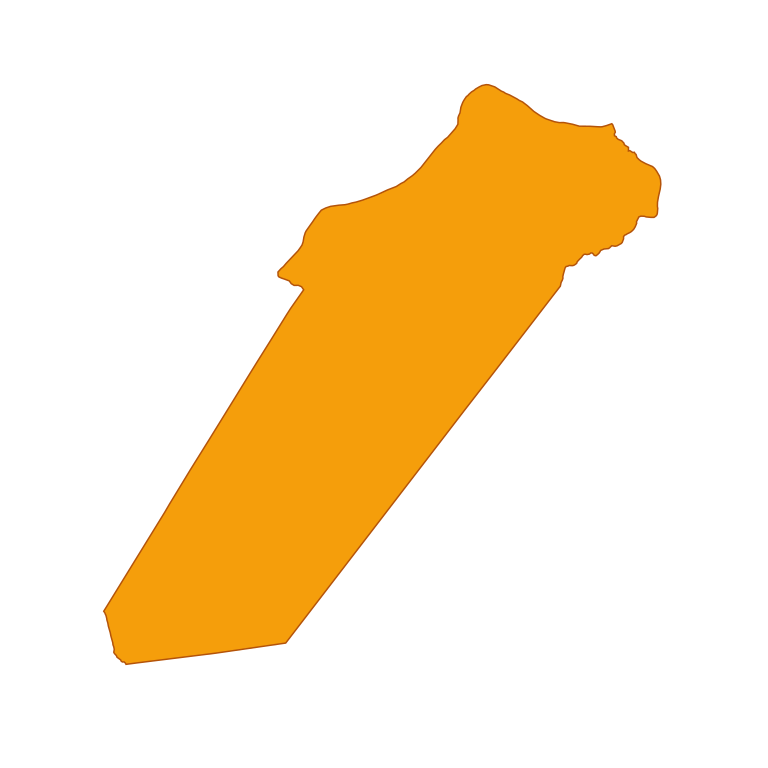 Juruti, Pará, Brazil (Albers equal-area conic projection), rotated 7°
{"feature_id": "56859067B6848818390929", "entity_name": "Juruti", "entity_type": "district", "adm_level": 2, "iso_a3": "BRA", "parent_name": "Brazil", "parent_adm1": "Pará", "projection": "albers", "projection_center": [-56.071, -2.648], "detail": "fine", "context": "isolated", "style": "filled", "palette": "amber", "viewbox_px": 768, "rotation_deg": 7, "n_neighbors": 0, "source": "geoboundaries", "source_scale": "gbopen_adm2", "svg_char_len": 3009}
<svg xmlns="http://www.w3.org/2000/svg" viewBox="0 0 768 768"><g transform="rotate(7 384 384)"><path d="M298.4,222.6L296.1,226.5L294.9,228.7L293.3,231.9L291.9,234.4L288.1,241.5L287.4,243.4L286.6,247.9L286.4,252.8L285.7,256.1L284.6,258.3L282.5,262.2L272.1,276.3L269.9,279.7L267.6,282.2L265.1,285.8L265.7,289.5L266.6,290.5L269.4,291.4L272.4,292.0L277.4,293.2L279.7,295.7L282.8,297.1L286.9,296.5L290.3,297.5L292.8,300.3L282.3,320.0L279.2,326.4L266.6,353.6L255.5,377.3L249.9,389.4L234.3,423.4L224.6,444.5L217.1,460.8L202.4,492.4L185.7,529.4L182.1,537.8L152.8,601.7L135.7,639.0L133.5,643.7L134.9,645.3L135.5,646.5L136.2,647.5L137.4,650.6L137.7,651.9L139.0,654.9L139.9,657.9L142.6,664.2L143.6,667.3L146.3,673.8L146.8,675.9L147.8,677.8L148.6,680.2L148.5,683.2L149.3,684.4L151.5,686.2L152.2,687.6L153.5,688.4L156.2,689.9L157.0,691.2L158.3,691.8L159.9,691.5L161.4,692.6L162.1,693.7L164.0,693.2L173.7,690.7L250.0,671.6L253.3,670.7L318.0,653.1L467.6,399.4L491.4,359.5L526.8,299.7L529.5,295.1L541.8,274.3L547.1,265.4L547.4,261.7L548.4,258.9L548.7,257.3L548.4,255.5L548.7,252.7L549.6,246.7L550.4,245.2L552.2,244.6L553.3,243.8L556.5,243.6L557.9,243.1L559.3,242.0L560.5,240.8L560.8,239.3L561.5,238.2L562.9,236.3L564.7,234.1L565.5,232.4L566.8,230.9L568.2,230.6L569.7,230.8L572.1,230.0L573.2,228.8L574.6,228.6L575.7,229.3L577.0,230.7L578.7,230.9L580.2,229.5L581.7,227.6L582.8,225.0L585.9,223.2L590.4,222.2L591.5,221.1L593.2,219.0L596.6,219.1L598.4,218.5L602.4,215.6L603.2,214.4L604.1,210.7L603.8,208.5L604.8,206.9L606.1,206.2L607.1,205.3L609.3,203.9L610.9,202.6L612.0,201.3L613.0,200.0L614.2,197.3L615.2,193.7L614.8,192.2L616.6,187.1L618.5,186.1L621.9,185.8L623.9,186.2L628.6,186.1L631.7,185.7L633.4,184.2L634.3,182.7L634.5,181.0L634.3,176.4L633.7,174.3L633.3,170.2L633.6,164.3L634.4,156.8L634.4,152.0L633.6,147.7L632.1,144.1L628.7,139.6L626.4,137.1L624.1,135.5L616.9,133.4L612.0,131.5L610.1,130.4L607.5,128.4L606.2,125.4L605.1,124.7L604.3,123.5L602.7,123.9L599.5,122.4L598.2,122.9L597.8,119.3L594.6,117.9L593.3,117.1L592.8,115.7L590.3,113.6L586.6,112.6L584.9,111.4L584.4,110.2L582.5,109.5L582.2,107.5L582.9,106.0L582.6,104.8L579.4,98.8L578.4,97.9L573.1,100.5L569.1,102.1L567.5,102.4L565.0,102.6L557.1,103.1L546.5,104.3L539.5,103.2L532.6,102.7L530.5,102.6L526.1,103.2L521.2,102.9L513.0,101.2L511.3,100.7L505.8,98.4L499.5,95.2L492.3,90.2L489.7,88.7L487.2,87.2L483.6,86.0L481.2,84.8L473.4,81.8L469.2,80.7L467.3,79.7L464.8,79.0L457.8,75.6L451.5,74.3L449.0,74.4L444.9,75.8L442.3,77.5L438.9,80.1L437.8,81.4L435.2,83.5L432.9,86.2L432.0,87.6L430.8,88.6L429.3,91.5L428.4,93.5L427.8,95.1L426.6,99.9L426.4,105.6L425.3,109.0L425.0,111.0L425.3,112.8L425.7,117.2L423.5,122.0L417.1,131.4L414.3,134.1L411.7,137.7L408.8,141.3L406.3,144.8L394.3,164.6L389.2,171.1L386.4,174.1L384.4,175.9L382.7,177.4L379.3,181.0L376.3,183.0L372.1,186.5L363.9,190.9L353.2,197.5L340.3,204.1L334.2,206.8L330.1,208.2L326.4,209.8L323.4,210.8L317.5,212.0L309.3,214.2L304.7,216.4L300.6,219.1L298.4,222.6Z" fill="#f59e0b" stroke="#b45309" stroke-width="1.5"/></g></svg>